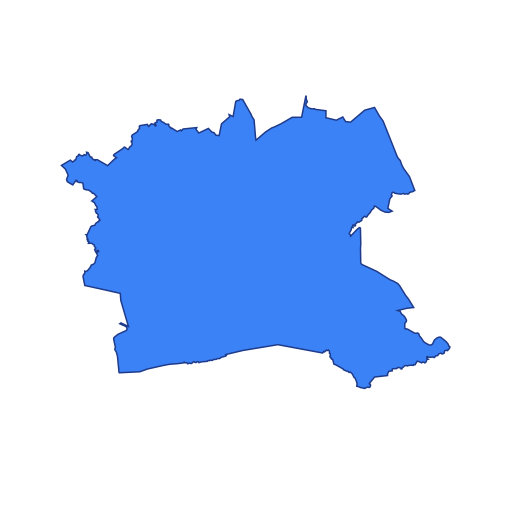 outline of Xichú, Guanajuato, Mexico, rotated 66°
{"feature_id": "50627088B76027952384475", "entity_name": "Xichú", "entity_type": "district", "adm_level": 2, "iso_a3": "MEX", "parent_name": "Mexico", "parent_adm1": "Guanajuato", "projection": "robinson", "projection_center": [-99.986, 21.356], "detail": "fine", "context": "isolated", "style": "filled", "palette": "blue", "viewbox_px": 512, "rotation_deg": 66, "n_neighbors": 0, "source": "geoboundaries", "source_scale": "gbopen_adm2", "svg_char_len": 6098}
<svg xmlns="http://www.w3.org/2000/svg" viewBox="0 0 512 512"><g transform="rotate(66 256 256)"><path d="M417.5,115.8L416.8,116.5L414.6,116.3L411.6,117.1L405.5,120.2L405.0,120.8L404.5,122.1L404.5,124.2L405.4,127.3L408.2,130.5L408.5,132.3L407.8,133.9L404.4,136.6L402.3,137.7L398.0,138.4L395.6,139.2L393.4,138.9L392.7,139.2L392.0,139.8L391.7,141.3L390.7,142.7L384.7,147.1L383.9,147.9L383.4,149.2L382.8,149.5L378.2,147.6L377.1,145.5L376.3,144.8L375.6,144.6L372.6,144.8L370.7,145.3L367.9,146.7L365.2,146.8L363.4,148.8L365.1,139.5L367.2,132.9L357.5,134.2L352.6,135.4L342.0,136.8L339.1,137.6L335.2,140.4L332.1,143.3L319.2,151.9L307.3,162.3L305.8,163.2L305.1,163.2L291.9,157.6L287.2,155.2L273.3,149.4L272.6,149.4L272.1,150.0L272.6,152.2L276.3,161.5L275.1,161.2L273.3,161.7L270.9,158.5L268.7,156.9L269.5,155.7L267.3,155.2L267.1,154.6L267.5,154.1L268.9,153.5L268.6,152.7L267.3,152.4L266.8,150.4L266.1,149.7L266.1,149.1L267.0,148.3L266.6,145.5L266.4,144.8L264.8,144.0L264.5,142.2L263.8,141.3L264.0,140.5L265.2,139.6L265.3,138.8L264.2,137.3L262.5,133.6L261.1,131.8L260.2,128.9L258.5,127.5L259.9,126.1L265.1,123.2L268.4,120.2L270.2,116.9L270.4,113.4L266.1,116.2L258.0,110.3L256.8,107.6L256.2,107.2L255.7,107.7L254.2,106.6L253.4,105.6L253.7,104.4L255.2,103.6L258.3,98.8L258.9,95.8L260.0,95.0L260.4,92.9L261.1,92.4L261.3,91.2L260.4,89.8L261.0,85.8L260.5,85.0L260.7,84.3L246.0,83.5L236.4,85.5L232.4,85.8L227.5,85.4L224.1,86.4L222.0,86.5L184.4,85.0L178.5,86.3L168.5,87.3L167.0,97.4L172.2,115.2L169.6,119.5L164.3,120.2L164.6,127.4L158.1,135.9L151.8,133.0L146.0,142.4L145.2,142.7L144.4,145.0L142.0,147.9L138.8,149.2L137.2,148.3L136.0,146.4L132.7,146.2L130.5,145.2L130.3,145.5L147.8,157.9L144.0,166.6L145.4,179.4L145.6,187.2L145.4,189.4L146.5,196.5L150.2,208.9L148.1,208.4L130.9,202.4L126.6,203.0L124.5,202.9L107.6,204.5L107.4,205.5L106.7,205.8L106.2,206.9L107.0,208.2L106.4,209.9L106.5,211.6L119.3,220.2L115.9,223.1L118.1,223.4L121.2,233.7L131.0,240.7L129.3,243.5L126.2,244.2L124.9,245.9L120.1,247.6L120.4,258.2L115.9,259.3L114.6,257.9L110.3,271.0L111.1,272.2L111.3,273.3L110.2,273.4L110.2,277.4L105.2,280.7L105.0,281.7L104.0,281.5L102.9,282.5L101.5,282.8L100.7,282.2L100.0,282.3L99.0,284.7L96.5,286.1L94.6,287.8L93.0,287.8L91.8,289.8L91.6,291.2L93.4,292.1L93.2,292.5L93.5,294.4L96.2,294.2L96.4,294.9L94.2,295.7L92.6,297.9L93.2,299.6L93.5,299.7L93.9,301.5L91.6,301.7L89.7,309.0L90.1,309.9L92.1,310.5L92.6,311.9L94.3,314.1L95.2,320.0L96.3,321.1L98.2,321.1L99.5,321.7L100.4,322.4L100.2,323.1L101.1,323.6L101.5,323.2L102.6,323.3L103.8,324.0L104.7,325.2L104.9,326.7L106.7,329.3L106.4,329.8L103.1,331.7L103.0,332.4L103.6,333.7L105.4,343.9L105.8,344.9L106.4,345.3L109.6,343.5L109.9,345.9L113.1,354.8L103.6,361.7L102.7,363.5L103.1,363.5L103.4,364.0L102.0,365.1L100.4,366.0L99.0,365.8L98.1,367.1L93.2,367.4L92.3,368.6L93.5,368.9L94.6,370.2L94.5,370.8L93.5,371.8L93.9,372.2L93.9,374.1L91.7,376.2L91.2,376.2L91.2,376.9L91.9,377.1L92.1,377.4L92.3,379.5L93.8,380.6L94.8,381.8L94.6,382.8L95.2,383.3L95.4,383.9L95.2,385.0L95.5,385.4L92.9,386.6L94.1,396.9L99.0,394.8L105.7,394.7L109.1,398.0L111.5,398.1L116.5,394.5L113.6,389.5L114.7,388.8L115.3,389.3L116.9,387.7L117.8,385.8L119.1,384.5L123.7,385.9L124.8,386.0L126.6,384.0L127.7,382.1L130.8,380.2L132.1,379.9L132.0,379.5L133.3,378.6L137.1,377.3L138.9,383.6L139.4,383.0L140.5,382.8L141.2,381.9L144.5,381.8L146.3,381.3L148.9,382.1L148.1,384.0L149.4,384.0L150.3,384.6L151.4,384.2L152.0,384.4L152.4,383.8L154.2,383.5L155.4,384.0L155.7,384.7L156.2,384.9L158.1,384.0L159.1,384.3L159.8,384.0L160.0,385.3L160.6,385.7L160.4,386.4L161.1,389.3L162.3,390.6L161.8,393.9L162.1,395.0L167.8,401.5L167.4,402.6L168.8,402.2L169.6,402.8L172.0,402.7L172.8,402.9L172.3,403.5L174.1,403.6L174.2,403.2L175.3,403.4L175.4,403.0L176.3,403.9L177.3,401.4L178.2,400.4L179.3,400.1L180.1,399.3L181.5,399.7L183.6,399.1L184.4,400.8L187.0,400.8L186.9,399.6L186.3,398.9L186.9,397.7L187.8,397.8L187.9,399.0L188.4,399.8L188.1,400.6L191.0,400.4L192.7,402.8L196.7,405.9L197.4,407.8L197.3,410.2L199.1,412.3L201.0,416.3L200.6,418.4L200.3,418.6L202.0,419.4L202.8,420.5L202.8,421.1L204.4,422.4L213.3,424.4L234.9,395.2L241.7,397.6L268.5,401.2L262.2,406.6L262.5,408.0L267.5,403.5L269.2,403.2L270.7,403.7L271.3,404.8L271.4,413.9L272.6,418.5L273.1,419.4L274.6,420.0L281.4,421.4L282.8,421.9L283.2,422.6L284.6,423.1L286.4,422.6L291.1,423.3L306.7,428.5L307.1,428.3L314.5,409.2L315.1,401.1L318.3,385.1L319.8,378.8L322.4,371.6L324.2,365.5L323.7,364.8L324.6,364.5L325.3,362.7L326.7,362.2L326.7,360.4L327.6,359.5L327.9,358.5L327.7,357.4L327.2,356.8L327.3,355.5L328.0,355.4L328.8,354.4L329.0,353.9L328.6,352.8L329.0,351.8L330.2,351.5L330.5,348.9L332.4,343.4L332.0,342.2L332.6,341.5L332.6,339.8L333.1,339.5L333.6,338.3L333.3,336.7L334.2,334.5L334.0,333.2L334.9,330.8L334.4,329.2L335.1,324.6L334.9,323.6L333.7,323.8L337.0,306.2L345.9,272.1L371.7,234.6L370.7,232.8L371.5,232.4L370.6,229.9L371.3,229.6L371.5,228.5L370.7,228.3L370.8,228.3L372.1,227.7L373.9,227.9L374.6,228.5L375.7,228.0L377.2,228.6L377.5,229.2L378.7,229.4L379.2,229.3L379.4,228.8L380.8,229.0L381.6,228.0L386.5,228.8L387.7,227.5L394.7,222.3L395.4,222.4L397.8,220.3L398.9,218.8L400.2,218.4L400.4,217.0L402.9,216.0L406.8,215.8L407.6,215.2L410.9,215.2L413.5,215.5L416.0,216.9L416.4,216.2L419.0,213.7L419.5,212.5L420.2,212.0L421.3,210.4L421.0,209.5L421.2,207.5L421.5,206.7L422.1,206.2L422.0,205.0L420.7,203.9L419.6,203.8L418.8,204.5L418.4,204.1L414.8,196.9L418.7,184.5L417.0,183.6L415.4,181.6L416.3,178.2L414.8,177.7L414.6,177.1L416.1,173.2L415.5,172.1L416.2,170.5L417.5,169.3L418.2,169.4L418.5,168.8L417.8,168.1L416.8,164.8L417.0,163.5L418.0,162.5L417.9,162.0L418.8,158.8L419.9,156.9L419.3,156.1L420.1,155.0L417.7,151.6L417.9,151.0L421.0,148.1L420.7,146.9L421.2,145.9L422.2,145.4L422.3,144.8L422.0,143.8L419.9,141.8L420.3,140.7L418.4,141.4L417.5,140.9L417.5,140.4L418.2,140.1L419.3,138.5L420.1,135.7L421.2,134.7L421.0,133.6L420.3,132.5L420.9,130.4L419.9,129.4L419.8,128.1L420.0,126.4L421.0,126.1L421.4,125.0L421.2,123.5L419.3,122.2L419.5,120.5L420.3,119.7L420.3,119.1L419.6,118.6L419.4,117.3L418.6,116.3L417.5,115.8Z" fill="#3b82f6" stroke="#1e3a8a" stroke-width="1.5"/></g></svg>